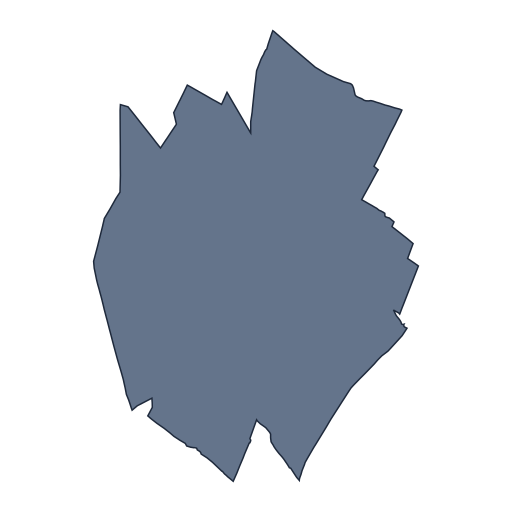 outline of Coronango, Puebla, Mexico
{"feature_id": "50627088B8502997945058", "entity_name": "Coronango", "entity_type": "district", "adm_level": 2, "iso_a3": "MEX", "parent_name": "Mexico", "parent_adm1": "Puebla", "projection": "natural_earth1", "projection_center": [-98.289, 19.136], "detail": "fine", "context": "isolated", "style": "filled", "palette": "slate", "viewbox_px": 512, "rotation_deg": 0, "n_neighbors": 0, "source": "geoboundaries", "source_scale": "gbopen_adm2", "svg_char_len": 3965}
<svg xmlns="http://www.w3.org/2000/svg" viewBox="0 0 512 512"><path d="M401.9,110.1L399.6,109.1L394.5,107.8L388.9,106.0L384.9,105.0L382.1,104.0L379.7,103.2L376.3,102.2L373.2,101.1L370.8,100.6L368.7,100.9L366.0,100.8L364.2,100.3L361.7,98.7L357.5,97.0L356.0,96.0L355.1,94.9L353.5,87.9L352.3,85.1L350.7,83.7L343.4,81.6L326.8,74.2L315.2,67.2L293.9,49.0L274.2,31.7L272.8,30.7L272.0,32.8L268.2,44.0L266.7,49.2L265.7,50.0L264.5,52.2L263.5,54.7L262.2,56.9L261.0,59.3L256.6,70.7L255.3,82.4L255.1,83.3L254.5,88.9L254.4,89.9L252.4,109.0L252.2,111.7L251.7,115.3L250.7,121.6L250.7,133.0L250.5,132.7L242.8,119.4L233.7,103.8L227.0,92.3L226.9,92.5L224.1,98.9L223.9,99.2L222.6,102.2L222.3,102.8L221.5,104.4L215.2,100.9L213.1,99.8L204.8,95.0L204.6,94.9L198.1,91.2L196.0,90.0L193.7,88.7L191.1,87.2L187.3,85.1L185.7,88.4L184.3,91.3L183.6,92.8L183.1,93.8L182.7,94.6L182.2,95.6L181.4,97.2L179.8,100.5L179.7,100.6L173.9,112.3L173.7,112.6L176.4,124.1L176.3,124.4L171.2,132.0L166.5,139.1L166.1,139.6L161.6,146.4L160.5,148.0L158.1,145.0L157.9,144.7L156.1,142.5L152.3,137.5L148.5,132.7L141.9,124.4L135.8,116.6L133.5,113.7L128.0,106.8L120.4,104.6L120.1,110.3L120.2,132.9L120.3,147.0L120.3,164.7L120.4,175.4L120.0,192.2L115.9,198.5L110.0,209.0L104.3,218.5L104.1,219.6L102.8,225.1L102.7,225.7L101.7,229.7L97.7,245.8L97.2,247.7L93.9,260.2L93.6,261.4L93.7,262.3L94.2,268.1L96.7,280.3L97.7,284.3L99.3,289.9L99.8,291.9L101.1,296.6L102.0,300.1L103.8,307.5L104.1,308.9L106.6,318.4L106.9,319.4L109.8,330.7L110.1,331.7L113.6,345.2L117.2,358.4L118.0,361.2L120.8,370.6L121.6,373.4L123.3,379.5L124.2,383.7L125.2,388.1L126.4,394.4L128.6,399.8L129.9,403.6L131.2,407.7L132.1,410.2L137.4,405.7L143.6,402.5L145.9,401.3L151.5,398.4L151.9,398.2L152.2,402.8L152.3,407.4L147.8,415.9L151.0,418.7L156.9,423.3L164.1,428.3L170.2,433.1L170.3,433.2L174.0,436.4L179.1,439.7L179.3,439.9L185.3,443.4L186.0,444.7L186.7,446.0L190.6,447.2L192.5,447.5L193.1,447.6L193.3,447.7L193.5,447.7L193.8,447.6L194.7,447.7L196.2,448.0L196.7,448.3L197.3,449.9L199.7,451.4L200.6,452.4L201.2,454.1L207.0,457.8L212.5,462.3L220.7,470.1L221.1,470.5L221.8,471.2L222.4,471.3L224.5,473.9L226.2,475.3L227.2,476.3L228.4,477.4L229.1,477.9L233.2,481.3L236.8,473.2L239.7,465.9L243.1,457.9L244.6,453.9L249.2,443.1L249.7,443.0L250.3,441.9L250.7,440.7L250.7,440.0L250.2,439.3L249.9,438.6L256.6,419.8L257.3,420.9L260.3,423.8L263.2,425.8L265.8,427.7L267.8,430.1L269.7,432.4L270.6,434.1L270.6,437.8L271.1,441.8L271.9,443.1L273.0,444.8L274.2,447.0L275.7,449.2L277.2,451.2L279.1,453.6L281.8,456.6L283.7,459.0L287.7,464.9L289.4,467.8L290.7,468.2L295.7,475.9L296.7,477.4L299.3,480.4L299.4,479.1L299.9,477.4L300.6,475.5L301.0,474.4L301.9,471.2L302.1,470.5L304.5,464.5L305.1,462.5L307.4,458.4L312.5,449.6L313.2,448.4L314.4,446.4L315.5,444.7L325.4,428.5L327.3,425.3L329.1,422.2L329.5,421.5L330.2,420.4L330.8,419.3L336.7,410.1L338.9,406.7L342.2,401.5L343.7,399.2L347.8,392.8L349.1,390.8L350.9,388.1L352.6,386.2L354.0,384.7L359.9,378.6L365.4,373.1L374.4,363.8L377.5,360.2L381.7,355.9L388.1,351.0L392.7,346.0L402.1,335.7L405.4,330.7L407.0,328.2L404.4,326.9L404.0,326.4L403.8,325.3L403.8,324.6L404.0,324.2L403.0,324.5L402.2,324.3L401.6,324.0L401.3,323.1L400.9,321.9L400.2,320.7L399.2,319.2L396.6,316.1L395.7,314.6L393.5,309.8L394.4,310.8L395.2,311.0L397.7,312.4L398.6,312.9L399.2,313.5L399.7,314.1L400.0,313.4L402.2,307.5L403.3,304.8L414.2,276.8L415.3,274.0L418.4,266.0L414.4,263.1L407.6,258.5L412.3,245.7L413.1,243.6L407.8,239.1L392.3,226.9L392.0,226.6L392.8,224.6L393.3,223.6L393.6,222.9L394.0,221.9L390.9,219.3L389.3,218.0L387.2,217.4L385.4,216.7L384.9,215.8L384.8,213.3L382.9,212.0L382.5,211.9L381.2,211.1L379.9,210.6L378.9,210.1L376.7,208.3L374.2,206.9L371.7,205.4L369.7,204.3L367.1,202.8L361.7,199.7L362.8,197.6L363.8,195.7L369.7,185.1L370.9,182.9L372.9,179.2L376.9,171.9L378.2,169.8L377.3,169.1L374.0,166.3L383.8,146.9L385.7,142.9L390.9,132.3L395.1,124.3L396.8,120.7L398.8,116.7L400.9,112.5L401.9,110.1Z" fill="#64748b" stroke="#1e293b" stroke-width="1.5"/></svg>